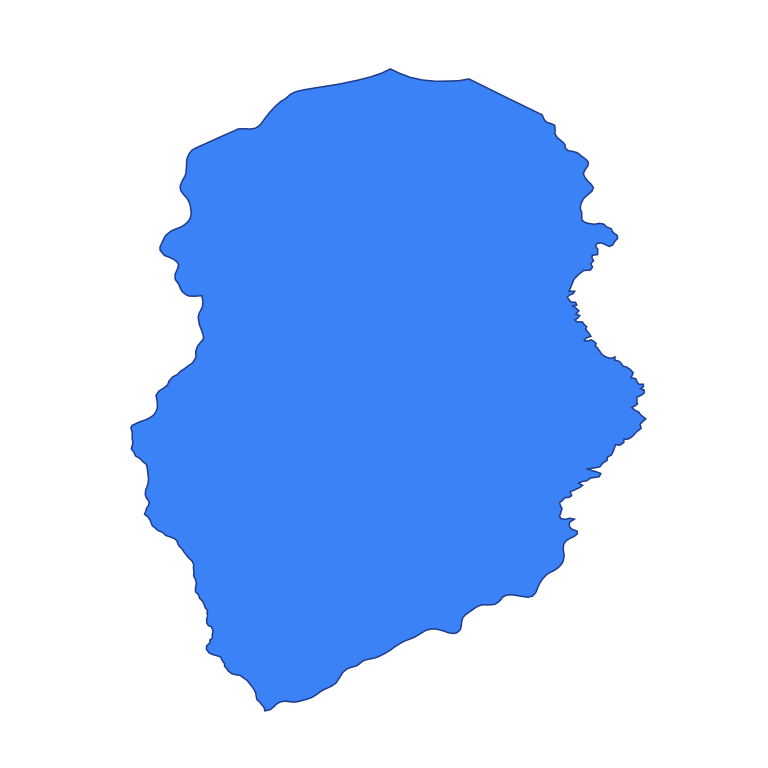 Itanhangá, Mato Grosso, Brazil (Equal Earth projection), rotated 264°
{"feature_id": "56859067B93229831473310", "entity_name": "Itanhangá", "entity_type": "district", "adm_level": 2, "iso_a3": "BRA", "parent_name": "Brazil", "parent_adm1": "Mato Grosso", "projection": "equal_earth", "projection_center": [-56.8, -12.144], "detail": "fine", "context": "isolated", "style": "filled", "palette": "blue", "viewbox_px": 768, "rotation_deg": 264, "n_neighbors": 0, "source": "geoboundaries", "source_scale": "gbopen_adm2", "svg_char_len": 5939}
<svg xmlns="http://www.w3.org/2000/svg" viewBox="0 0 768 768"><g transform="rotate(264 384 384)"><path d="M696.7,423.3L693.5,414.4L690.9,403.1L689.0,390.7L687.0,371.3L685.6,345.2L685.0,335.8L684.3,329.2L683.4,325.0L681.7,320.9L679.7,318.2L677.4,314.7L675.7,310.7L671.3,304.7L666.3,298.9L661.8,294.5L656.8,290.0L654.0,287.2L651.8,282.8L651.6,276.8L652.6,271.0L652.9,265.6L651.1,260.5L648.5,252.2L646.8,247.0L638.3,221.2L636.5,217.3L633.4,214.3L629.1,211.8L625.3,210.8L622.2,210.5L619.3,210.0L616.2,209.4L613.3,208.7L610.5,207.0L608.1,205.2L605.7,203.8L602.5,202.1L599.7,201.8L597.0,202.4L593.6,204.4L591.0,206.2L588.8,207.7L586.1,208.9L583.7,209.6L581.1,210.0L577.8,210.1L573.7,210.1L570.5,209.2L568.2,207.9L566.0,206.1L563.5,202.7L561.6,199.1L560.5,195.4L559.4,191.0L558.1,187.7L556.2,184.7L554.1,182.0L551.8,180.4L548.6,178.5L543.8,175.6L540.3,175.3L534.7,179.2L532.6,183.5L529.9,188.0L527.1,190.8L524.2,192.2L521.7,191.3L519.2,190.2L514.7,187.6L509.8,187.3L504.6,190.3L499.6,191.7L496.8,193.1L493.5,196.4L491.9,199.2L491.1,204.7L490.9,212.0L485.2,212.6L479.9,211.6L473.5,207.5L469.9,206.2L466.0,206.3L462.2,206.6L456.5,208.2L451.0,209.4L447.6,209.1L444.6,205.9L440.9,202.3L435.8,200.1L430.4,199.8L428.2,198.2L425.1,195.9L422.8,191.7L419.9,186.8L417.9,182.8L414.9,179.4L413.3,174.8L409.4,170.5L405.7,168.7L403.3,165.1L400.4,159.3L396.6,156.1L389.4,156.6L384.1,156.1L380.6,154.5L377.2,151.7L375.0,147.7L373.3,143.3L371.7,136.3L369.0,128.9L366.8,127.7L362.4,128.5L355.8,127.8L352.0,128.2L349.5,127.3L345.9,125.9L342.5,128.0L338.4,129.4L335.4,133.6L331.9,136.1L328.8,139.4L323.6,139.8L318.5,139.8L315.0,140.0L310.7,139.2L307.1,137.8L303.5,135.9L299.2,135.0L295.7,135.7L291.4,138.2L287.7,137.1L285.1,134.7L282.4,133.8L279.4,132.2L276.7,135.2L273.0,137.2L267.4,138.7L264.9,141.1L261.8,144.1L259.5,148.4L256.2,151.0L254.4,155.2L251.7,160.1L249.5,161.6L246.3,162.4L243.7,163.6L241.2,165.9L238.6,167.1L232.2,171.0L227.7,174.8L223.9,175.9L221.2,175.2L217.4,175.4L213.2,174.6L209.8,175.9L207.3,176.4L204.6,176.4L201.2,175.2L197.1,174.8L193.5,177.6L190.0,178.2L187.1,180.8L183.3,182.1L179.8,182.9L177.7,184.8L174.5,184.0L172.1,184.5L168.2,182.9L164.8,182.8L162.2,184.0L160.7,186.9L156.7,188.2L152.0,186.9L149.2,186.8L147.7,184.1L144.7,183.7L142.1,180.1L138.7,179.6L134.7,182.1L132.9,185.2L131.6,188.5L129.6,193.0L125.8,194.2L122.5,196.2L119.8,195.9L117.7,197.7L114.9,199.1L112.0,202.1L110.3,206.2L109.4,210.3L106.8,213.1L103.3,217.1L98.8,219.8L94.3,222.6L90.1,224.1L86.2,224.3L83.2,224.7L80.8,227.1L78.5,228.4L75.1,230.8L71.3,231.4L72.1,237.1L74.6,240.8L76.8,243.4L78.7,247.5L78.9,252.9L77.7,257.7L76.9,262.6L77.3,266.6L78.1,271.5L78.6,274.7L79.8,279.4L82.2,284.5L84.4,288.1L86.2,291.7L87.8,296.8L89.2,300.7L91.7,305.1L95.7,308.4L97.9,310.1L101.4,312.8L104.2,316.8L105.6,321.2L106.1,324.6L106.8,327.8L108.5,330.6L110.2,333.1L111.4,335.9L111.9,339.9L112.4,345.4L113.3,349.6L114.6,353.1L115.8,356.5L117.3,359.6L118.8,362.9L120.8,366.0L122.8,369.9L124.9,374.2L126.4,378.0L127.3,381.9L129.0,387.9L131.2,392.7L133.0,396.4L134.6,399.8L135.4,404.9L134.9,409.6L133.9,413.1L132.0,417.7L130.0,421.8L128.6,426.6L128.9,430.5L131.7,434.2L135.5,435.6L139.3,436.4L143.4,438.0L145.7,440.5L147.9,444.2L151.5,450.7L153.3,454.4L154.1,458.5L153.6,463.4L153.2,467.7L153.3,471.0L154.7,474.2L156.7,477.0L159.7,479.8L161.1,483.4L161.2,487.1L160.7,490.4L158.6,498.0L156.9,504.9L157.6,509.8L160.5,512.9L163.1,514.5L166.1,515.9L168.7,517.5L171.6,519.7L174.2,522.0L176.5,524.7L178.2,527.1L179.8,531.1L181.4,535.0L183.5,538.5L186.5,542.0L189.5,543.8L194.6,545.3L199.5,545.0L203.5,545.3L206.5,546.4L209.2,548.9L211.0,552.7L212.6,557.3L214.5,560.4L217.4,560.8L219.8,556.0L222.0,553.9L224.5,553.4L227.2,554.3L229.7,559.2L231.1,554.6L230.4,550.1L231.6,545.9L234.3,544.8L237.5,546.4L241.5,548.0L244.1,546.9L247.5,546.1L250.1,549.9L252.1,552.2L251.9,556.2L253.3,559.0L257.4,557.9L259.2,564.0L260.9,568.5L262.5,570.9L265.0,567.1L266.3,570.8L266.5,575.5L268.8,579.4L269.1,584.9L269.3,588.3L272.3,590.3L274.5,586.0L276.0,582.0L278.2,577.6L278.5,582.3L279.0,589.9L282.6,593.5L284.7,597.9L288.1,598.7L289.5,602.6L293.2,605.0L296.3,606.5L299.4,607.9L298.5,612.3L300.8,616.4L304.0,616.8L303.7,620.9L305.1,624.1L307.1,627.0L309.8,629.9L313.1,635.1L317.2,634.4L319.6,637.4L321.9,640.8L326.3,636.2L329.6,634.3L331.6,630.9L334.7,627.9L336.0,631.3L337.6,633.9L340.9,633.7L344.5,634.3L346.0,638.8L347.8,641.8L350.7,642.1L352.6,638.8L354.3,641.9L356.7,641.8L357.1,637.5L359.5,636.0L363.0,634.9L364.4,630.4L369.0,633.0L372.5,630.6L375.3,627.4L376.8,623.7L379.8,622.0L382.0,620.3L383.6,616.0L386.7,616.6L385.8,612.1L387.0,608.8L389.3,605.3L391.8,603.2L394.9,601.6L397.9,599.9L399.9,597.9L402.0,599.3L404.5,597.2L406.2,594.6L405.5,591.1L405.9,587.8L408.5,589.5L409.8,594.8L413.3,592.9L417.2,590.3L419.8,591.6L422.0,589.5L425.1,587.7L425.5,582.7L427.7,580.6L429.5,583.8L431.6,585.8L433.6,582.2L436.4,585.5L439.5,582.8L441.7,580.1L442.3,584.0L445.2,583.0L446.0,578.5L448.7,576.7L451.1,575.3L453.0,577.6L454.0,581.4L456.3,583.4L456.9,577.8L462.5,580.8L468.1,583.7L471.2,587.3L473.3,590.1L476.0,594.3L475.7,601.1L478.3,603.6L482.1,602.3L484.7,605.3L487.4,604.1L490.2,604.5L490.4,610.0L493.4,610.4L495.9,610.6L498.9,608.8L501.6,610.6L501.5,615.3L499.8,618.1L497.3,622.4L498.2,625.8L502.1,628.8L504.4,631.6L507.6,631.3L509.7,628.8L511.8,627.0L514.6,626.3L516.9,621.8L520.0,619.3L521.2,615.3L520.9,609.7L522.1,605.0L523.5,601.1L526.2,598.1L529.5,598.1L533.9,598.6L537.6,597.6L540.7,598.1L543.3,599.1L547.6,601.9L551.2,606.9L554.0,611.0L557.6,612.8L562.0,610.2L564.3,607.9L570.0,604.7L573.1,604.5L576.0,606.4L579.9,609.7L583.3,610.4L585.7,608.8L588.1,606.4L590.5,603.7L593.9,600.4L595.6,596.0L596.8,591.5L599.8,589.0L603.1,589.0L605.7,587.3L611.0,582.0L615.1,580.1L619.4,580.8L623.5,580.8L625.4,577.6L627.2,573.2L630.0,571.1L635.1,569.4L657.6,533.4L678.5,500.4L677.8,490.0L678.6,479.1L679.6,467.5L682.3,454.0L686.2,442.2L691.7,431.3L696.7,423.3Z" fill="#3b82f6" stroke="#1e3a8a" stroke-width="1.5"/></g></svg>